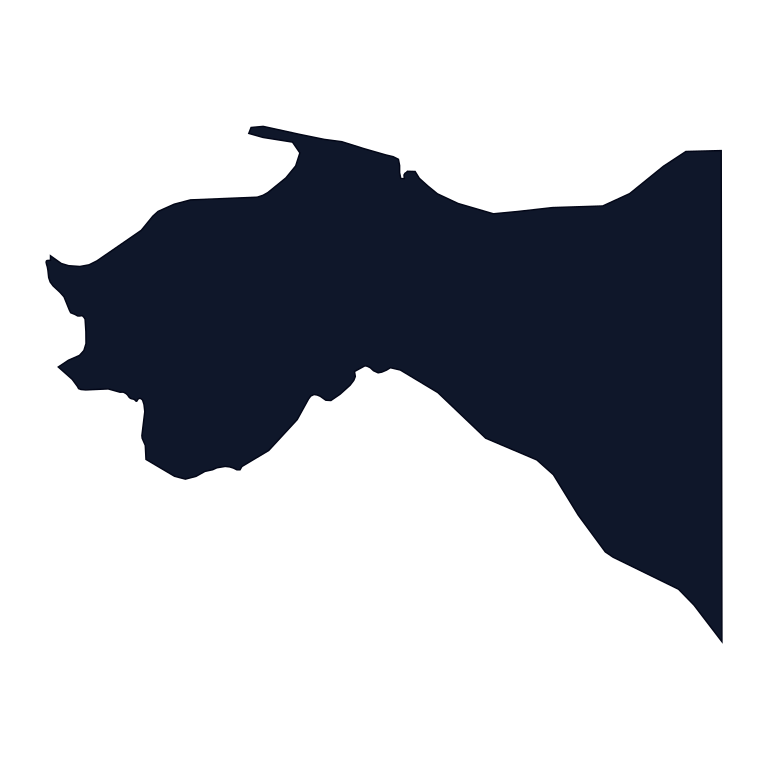 map outline of Colón (Robinson projection)
{"feature_id": "HND-638", "entity_name": "Colón", "entity_type": "Department", "adm_level": 1, "iso_a3": "HND", "parent_name": "Honduras", "parent_adm1": "", "projection": "robinson", "projection_center": [-85.998, 15.551], "detail": "fine", "context": "isolated", "style": "filled", "palette": "ink", "viewbox_px": 768, "rotation_deg": 0, "n_neighbors": 0, "source": "natural_earth", "source_scale": "10m", "svg_char_len": 1930}
<svg xmlns="http://www.w3.org/2000/svg" viewBox="0 0 768 768"><path d="M50.5,255.8L61.3,263.5L68.6,265.7L79.9,266.5L89.1,264.8L96.9,260.9L141.3,230.3L152.8,216.2L158.1,211.4L174.2,204.2L190.5,199.9L257.2,197.2L263.0,195.3L267.8,192.6L285.9,177.9L295.7,165.9L299.9,152.9L292.5,142.1L262.9,137.4L248.8,133.4L251.1,127.5L263.2,126.4L299.3,134.3L324.3,139.4L341.8,141.7L363.8,148.6L385.7,154.9L393.2,156.7L398.4,159.3L399.6,165.5L399.6,172.7L400.8,178.6L404.3,178.6L404.0,175.0L405.0,173.3L406.4,172.4L407.4,171.3L415.1,171.5L419.3,178.3L427.6,185.8L437.4,193.8L458.1,203.5L493.4,213.8L517.7,211.5L552.4,207.6L602.7,206.0L629.7,193.6L663.5,166.2L685.9,151.5L721.2,150.6L721.9,641.6L694.0,605.1L678.5,589.2L613.1,557.2L605.3,551.9L578.3,515.2L553.4,474.7L536.8,459.9L485.7,438.2L437.9,392.6L400.3,370.0L390.4,367.7L386.5,370.1L381.8,372.1L378.1,372.8L373.5,370.7L370.3,367.7L367.2,366.2L364.9,365.8L354.5,371.5L355.3,376.5L353.8,380.3L350.1,385.2L340.1,394.2L330.9,400.5L325.8,400.2L320.3,396.3L317.2,395.0L314.0,394.5L310.8,396.0L308.6,398.9L297.2,419.6L268.8,450.4L241.9,466.5L240.0,469.8L236.9,469.8L233.5,468.1L229.7,466.9L225.2,466.4L216.8,467.8L212.7,469.7L204.9,471.4L196.1,476.3L185.4,479.1L174.6,476.3L146.0,459.4L145.3,445.4L142.2,438.3L141.9,435.6L144.8,411.6L144.0,404.5L142.6,400.1L141.2,398.7L139.2,398.3L138.0,399.1L137.2,400.5L136.7,401.2L136.1,401.2L135.4,400.5L134.5,399.6L133.3,399.1L131.8,398.8L130.4,398.3L129.1,397.2L127.6,395.0L126.2,393.7L125.0,393.0L123.7,392.3L122.7,392.1L120.0,392.2L108.2,388.9L85.8,389.9L81.0,389.5L78.6,388.6L77.5,386.5L72.2,379.3L58.3,367.0L68.5,360.2L79.5,355.4L83.9,350.5L86.0,343.6L85.9,331.7L85.1,319.2L84.0,317.4L82.3,315.6L79.3,316.0L77.6,315.9L75.1,314.5L70.7,312.7L69.3,309.9L64.0,296.8L59.8,292.1L53.1,285.9L50.2,282.0L48.7,277.6L47.9,270.1L47.3,266.8L46.5,264.1L46.1,262.1L46.5,260.9L47.2,260.5L50.5,260.3L50.5,255.8Z" fill="#0f172a" stroke="#020617" stroke-width="1.5"/></svg>